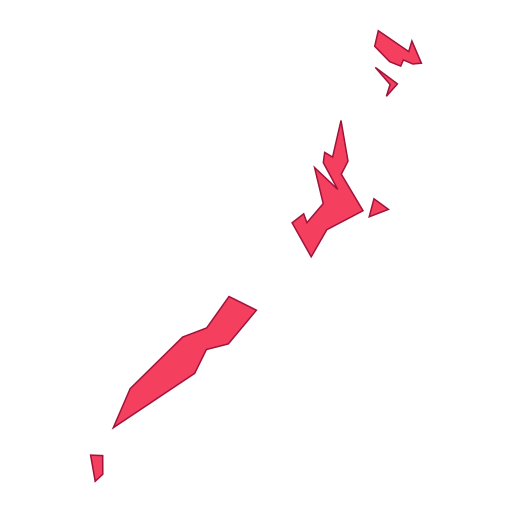 SVG path tracing the border of Palawan
{"feature_id": "PHL-2534", "entity_name": "Palawan", "entity_type": "Province", "adm_level": 1, "iso_a3": "PHL", "parent_name": "Philippines", "parent_adm1": "", "projection": "albers", "projection_center": [119.135, 9.647], "detail": "coarse", "context": "isolated", "style": "filled", "palette": "rose", "viewbox_px": 512, "rotation_deg": 0, "n_neighbors": 0, "source": "natural_earth", "source_scale": "10m", "svg_char_len": 720}
<svg xmlns="http://www.w3.org/2000/svg" viewBox="0 0 512 512"><path d="M256.4,310.2L228.3,343.9L206.4,349.5L194.7,373.3L113.3,427.7L130.2,388.6L182.7,337.0L206.7,327.9L229.0,296.5L256.4,310.2ZM311.2,256.8L292.1,222.8L303.7,213.8L306.9,222.7L323.2,203.6L314.6,167.6L337.7,189.4L323.3,162.6L324.7,152.4L332.6,157.1L341.0,120.5L348.0,161.1L341.3,174.2L363.0,210.7L326.8,229.7L311.2,256.8ZM411.9,41.0L421.4,63.2L412.8,64.0L403.4,59.9L400.7,66.1L389.7,61.7L374.7,46.3L378.3,30.7L408.7,51.6L411.9,41.0ZM375.3,67.4L397.4,83.9L386.4,96.3L390.1,84.5L375.3,67.4ZM374.0,198.8L388.4,209.4L369.2,216.8L374.0,198.8ZM102.7,455.6L102.8,474.2L95.2,481.3L90.6,455.1L102.7,455.6Z" fill="#f43f5e" stroke="#9f1239" stroke-width="1.5"/></svg>